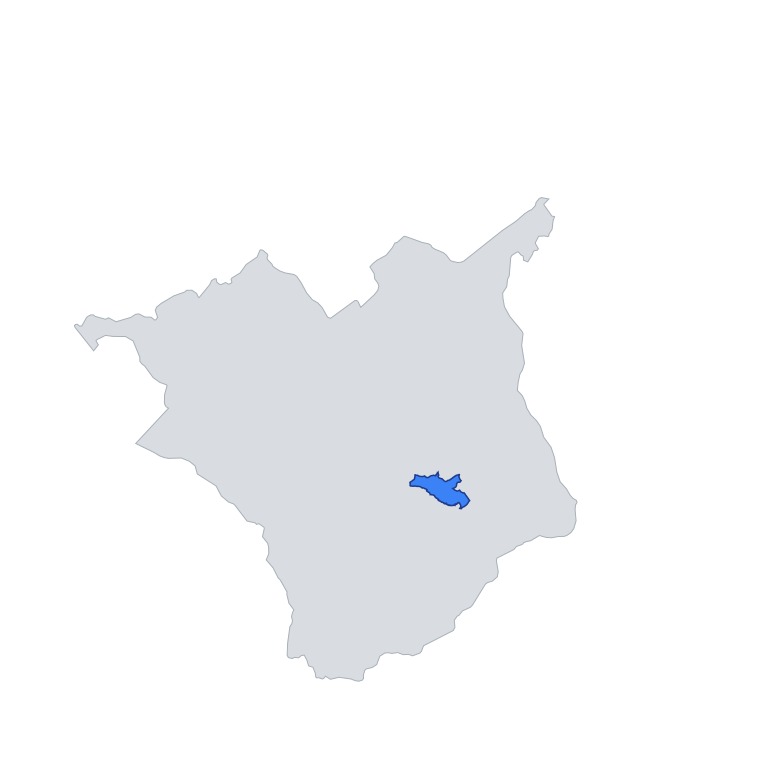 location of Djolu, Équateur, Democratic Republic of the Congo, rotated 142°
{"feature_id": "63176286B56364191841329", "entity_name": "Djolu", "entity_type": "district", "adm_level": 2, "iso_a3": "COD", "parent_name": "Democratic Republic of the Congo", "parent_adm1": "Équateur", "projection": "albers", "projection_center": [22.514, 0.679], "detail": "fine", "context": "in_parent", "style": "filled", "palette": "blue", "viewbox_px": 768, "rotation_deg": 142, "n_neighbors": 0, "source": "geoboundaries", "source_scale": "gbopen_adm2", "svg_char_len": 8717}
<svg xmlns="http://www.w3.org/2000/svg" viewBox="0 0 768 768"><g transform="rotate(142 384 384)"><path d="M616.3,490.0L568.7,497.6L569.7,500.3L569.3,503.0L568.0,505.2L563.2,510.9L556.0,516.2L556.0,517.5L559.7,523.3L562.0,531.3L561.5,545.4L562.5,549.2L562.4,552.2L559.9,555.5L555.2,572.4L558.5,580.6L568.0,588.1L573.6,593.8L582.9,595.7L584.4,595.4L585.0,590.7L592.4,588.9L592.6,618.8L592.1,620.5L590.7,620.9L588.9,619.9L588.3,617.1L586.3,615.8L577.3,619.6L574.9,619.5L572.4,618.9L570.5,617.4L570.0,615.1L563.5,606.4L560.4,605.8L556.8,598.0L542.4,592.3L536.9,591.9L534.0,590.2L531.2,584.0L526.4,580.0L525.3,575.6L524.3,575.0L521.4,575.9L518.9,582.9L515.7,584.6L509.8,584.7L495.1,582.8L484.6,579.2L481.9,579.4L477.7,576.2L475.9,570.8L476.9,566.6L476.1,566.0L460.1,569.6L456.2,571.7L452.6,571.2L451.5,570.0L453.1,567.1L452.3,564.0L451.1,562.6L446.4,561.5L444.9,558.1L442.0,557.6L441.0,558.1L440.3,560.4L438.6,561.2L429.0,560.1L419.0,563.0L405.7,562.2L399.4,565.8L398.5,565.7L397.1,563.9L395.9,558.2L396.5,556.6L398.5,555.5L399.2,553.2L398.5,547.3L399.1,545.8L398.4,542.4L396.4,537.0L393.6,532.5L387.6,525.8L386.5,522.7L386.9,515.2L388.9,503.3L388.6,494.5L386.2,488.7L385.7,482.5L387.3,471.4L385.7,468.7L355.6,467.7L354.3,466.9L353.7,465.3L355.1,458.7L336.7,460.3L331.2,461.6L327.8,464.3L326.7,467.7L326.6,472.5L323.8,477.1L323.0,485.0L317.9,485.8L312.8,485.8L303.0,484.1L293.4,486.3L288.7,488.4L286.2,487.4L277.7,488.1L276.5,487.5L266.8,472.1L262.5,466.9L261.6,464.4L262.0,462.0L260.8,458.8L256.3,450.8L255.5,447.1L255.7,441.3L255.2,439.3L251.1,434.3L248.4,432.6L245.5,431.7L196.3,432.1L180.0,431.0L168.1,431.6L162.1,431.1L160.5,430.4L155.0,431.4L152.2,433.5L147.9,434.5L145.3,434.1L140.2,428.3L147.2,427.3L147.7,426.7L148.3,412.9L146.5,410.9L150.2,408.6L156.2,402.5L162.1,400.4L162.9,399.2L164.1,399.2L166.3,401.8L171.2,405.2L177.5,402.3L178.2,401.5L179.1,395.6L180.6,395.0L183.3,396.4L184.8,396.4L187.5,394.7L195.5,391.7L197.8,395.6L195.6,399.0L196.6,401.4L196.8,405.2L198.1,406.1L204.4,406.6L206.2,405.7L218.8,392.1L222.1,390.5L227.4,385.1L234.4,382.7L237.4,378.5L241.5,370.8L243.3,359.8L242.8,340.7L243.4,338.1L251.8,329.6L260.5,313.9L266.4,309.8L270.7,308.2L277.5,302.5L282.9,296.8L282.2,289.8L283.5,284.1L286.4,276.8L287.4,269.1L286.4,260.9L286.9,254.2L290.9,243.6L291.3,231.3L294.9,221.1L302.1,208.1L305.4,198.4L304.8,188.8L305.8,181.8L305.5,177.6L304.1,174.0L304.8,171.8L307.5,170.8L310.9,167.2L316.9,157.9L323.4,153.3L327.9,151.9L332.6,152.0L335.7,152.9L340.7,156.6L346.4,159.5L350.6,163.2L354.8,168.9L364.9,170.2L369.2,172.3L371.9,173.0L372.8,172.5L374.9,172.8L379.7,174.5L383.5,173.6L402.2,177.3L404.3,175.5L409.6,165.7L413.4,162.3L419.8,161.9L424.8,163.8L427.5,163.8L450.4,155.3L453.4,154.9L461.8,156.9L467.2,155.6L469.4,156.0L474.1,154.5L477.9,148.6L481.1,147.1L514.0,153.4L519.1,150.3L521.5,149.9L528.8,152.2L531.1,155.8L535.5,158.9L538.6,164.0L543.6,166.8L546.1,169.6L549.0,171.5L554.9,172.1L562.5,167.4L567.9,167.9L573.4,170.4L575.2,170.3L579.3,167.5L581.4,164.6L583.5,164.0L586.7,165.2L589.3,167.9L591.6,171.8L600.0,180.6L608.0,184.3L610.0,189.7L612.9,189.1L614.3,189.6L616.4,193.0L617.9,193.7L618.2,195.1L616.2,198.3L614.4,204.5L616.9,208.3L614.8,213.8L613.8,219.5L616.4,220.9L619.8,220.8L622.9,223.7L625.3,224.2L627.8,227.3L627.3,229.9L619.4,239.2L607.6,250.7L603.7,252.1L601.6,254.2L600.2,257.5L596.7,260.3L594.1,261.5L593.9,269.7L590.0,278.2L588.4,279.9L586.4,293.7L586.8,296.1L584.6,307.4L585.1,317.9L579.3,321.2L575.4,326.4L573.7,330.0L573.8,338.5L567.3,343.8L566.8,344.9L568.5,350.9L570.9,351.9L571.0,353.9L576.3,360.3L576.1,380.2L576.4,382.1L579.2,386.8L581.1,395.8L579.1,407.2L586.5,428.0L583.3,435.6L584.9,442.9L589.3,450.5L599.5,458.0L602.3,461.1L604.9,465.2L607.4,471.7L616.3,490.0Z" fill="#d9dde1" stroke="#a8b0b8" stroke-width="1"/><path d="M395.9,281.0L396.2,280.9L396.3,281.2L396.4,281.3L396.6,281.0L397.2,280.6L397.4,280.6L397.5,280.5L397.8,280.7L398.1,280.5L398.4,280.5L398.5,280.4L398.8,280.5L398.9,280.4L399.0,280.4L399.3,280.1L399.5,280.0L399.6,279.9L400.1,280.1L401.1,281.6L401.6,281.8L402.0,281.9L402.6,282.3L403.2,282.6L403.9,282.8L405.0,283.0L406.6,283.0L408.1,284.1L408.3,284.8L408.2,284.9L408.2,285.0L408.4,285.1L408.5,285.6L408.6,286.0L408.9,286.3L408.7,286.6L408.9,286.7L409.4,286.7L409.6,286.8L410.1,287.1L410.9,287.6L411.8,288.3L413.2,290.0L413.4,290.4L413.6,291.1L413.8,291.5L414.0,291.6L414.3,291.7L414.6,292.0L414.9,292.4L415.3,293.2L415.5,293.3L416.1,292.6L416.4,292.3L416.6,292.1L416.9,291.7L417.1,291.6L417.2,291.4L417.6,291.1L417.8,291.1L418.0,290.9L418.3,290.6L419.1,290.1L420.5,290.4L421.9,290.3L424.0,290.5L424.0,290.3L424.1,290.2L424.3,290.1L424.7,289.5L425.1,289.0L425.3,288.6L426.0,287.8L425.8,287.4L425.8,287.2L425.1,286.6L424.8,286.2L424.4,286.1L424.3,285.9L424.1,285.8L423.7,285.3L423.4,285.2L423.1,284.9L422.8,284.9L422.7,284.8L421.0,283.0L420.9,282.8L420.5,282.7L419.3,281.6L419.2,281.4L418.7,280.8L418.3,280.1L418.2,279.2L417.9,278.8L417.8,278.6L417.7,278.5L417.7,278.4L417.4,278.4L417.1,278.1L416.8,277.7L416.6,277.5L416.4,276.6L416.2,276.2L415.8,275.8L415.4,275.1L415.2,274.4L415.2,274.2L415.9,274.0L416.0,273.9L416.2,273.6L416.2,273.4L416.2,273.2L415.9,272.7L415.7,272.5L415.7,272.4L415.8,272.2L415.7,271.7L415.7,271.4L415.5,271.2L415.2,270.6L415.1,270.2L415.3,269.3L415.3,269.1L415.3,268.9L415.6,268.5L415.3,268.4L415.3,268.0L415.2,267.9L414.8,267.6L414.6,267.5L414.5,267.2L414.3,267.0L414.1,266.9L413.7,266.6L413.6,266.1L413.4,265.9L413.0,265.2L413.0,264.9L413.1,264.5L413.2,264.4L413.1,264.2L413.2,263.9L413.1,263.7L413.3,263.2L413.2,262.9L413.2,262.6L413.1,262.3L413.1,261.9L412.8,261.8L412.8,261.7L412.6,261.2L412.6,260.7L412.4,260.5L412.4,260.2L412.7,259.7L412.4,259.6L412.5,259.5L412.3,259.3L412.4,259.2L412.3,258.9L412.4,258.6L412.5,258.5L412.4,258.4L412.4,258.2L412.5,258.1L412.3,257.7L412.1,257.5L412.0,257.3L411.8,256.8L411.6,256.8L411.4,256.5L411.4,256.3L411.5,255.9L411.4,255.7L411.2,255.3L411.3,255.2L411.2,255.0L410.8,254.9L410.5,254.5L410.5,254.3L410.3,254.1L410.3,253.8L410.2,253.7L410.3,253.3L410.2,253.0L409.9,253.1L409.8,252.9L409.9,252.7L409.7,252.7L409.6,252.4L409.6,252.1L409.4,252.0L409.3,251.8L409.0,251.8L408.9,251.8L409.0,251.7L408.8,251.5L408.8,251.4L408.9,251.2L408.6,251.0L408.8,250.8L408.8,250.7L408.7,250.6L408.6,250.4L408.5,250.1L408.2,250.0L408.1,249.9L408.0,249.7L408.1,249.4L407.9,249.2L408.0,249.1L407.9,249.0L407.7,248.9L407.7,248.7L407.4,248.5L407.5,248.3L407.3,248.1L407.2,248.1L406.9,248.1L406.9,247.9L406.7,247.8L406.7,247.6L406.6,247.4L406.4,247.3L406.2,247.4L406.0,247.2L405.8,247.0L405.7,246.9L405.8,246.8L405.7,246.7L405.4,246.5L405.4,246.4L405.2,246.3L405.1,246.2L404.9,246.2L404.5,246.0L404.4,245.8L404.2,245.7L404.1,245.8L403.9,245.7L403.7,245.5L403.6,245.4L403.6,245.5L403.4,245.6L403.2,245.4L403.3,245.2L403.2,245.1L403.2,245.3L402.9,245.3L402.7,245.3L402.4,245.1L402.2,245.3L402.0,245.1L401.8,245.0L401.6,245.1L401.4,245.0L401.5,244.8L401.2,244.7L401.2,244.9L401.2,245.0L400.9,244.7L400.7,244.6L400.4,244.7L400.4,244.9L400.0,244.8L400.0,244.7L399.9,244.6L399.7,244.6L399.5,244.9L399.4,244.9L399.1,244.7L398.8,244.8L398.8,244.6L398.7,244.6L398.4,244.5L398.3,244.4L398.1,244.4L397.8,244.4L397.7,244.0L397.9,243.7L398.0,243.5L397.9,243.0L397.9,242.9L398.1,242.5L398.1,242.3L398.2,242.0L398.2,241.7L398.2,241.4L398.3,241.1L398.5,240.8L398.7,240.3L399.3,240.0L399.9,239.7L400.9,239.3L399.9,238.2L399.7,238.1L399.1,238.3L398.6,238.6L398.3,238.6L396.5,238.1L396.0,238.0L393.3,238.0L392.7,238.1L391.3,238.5L390.1,239.0L389.4,239.2L388.8,239.3L388.7,239.3L388.6,239.5L388.3,239.5L388.1,243.3L388.0,246.4L387.9,247.4L387.9,248.8L387.9,249.0L388.0,249.1L388.4,249.2L388.6,249.3L388.8,249.6L389.0,249.9L389.2,250.4L389.8,251.5L389.8,253.8L391.9,254.3L392.6,255.1L392.8,255.4L393.1,256.0L393.2,256.3L393.4,256.6L393.5,256.8L394.0,258.6L394.1,259.3L393.7,259.1L392.4,258.8L391.7,258.7L390.6,258.7L390.2,258.9L389.1,259.6L387.9,260.9L386.2,261.1L385.4,260.3L384.8,260.1L384.5,259.9L384.0,260.0L382.7,260.4L382.7,260.5L382.9,260.9L382.9,261.4L382.8,262.1L382.5,263.7L382.1,264.5L382.0,264.8L382.0,265.0L381.8,265.1L381.4,265.4L381.3,265.6L380.5,266.0L380.4,266.1L380.4,266.3L380.7,266.5L381.0,266.5L383.4,267.6L383.7,267.6L384.3,267.4L384.8,267.8L385.0,267.8L385.3,267.7L385.7,267.7L386.0,267.7L386.4,267.8L386.7,267.8L386.8,267.8L387.1,267.9L387.4,267.9L387.6,267.7L387.8,267.7L388.5,267.8L389.0,267.8L389.4,267.8L389.9,267.9L390.1,267.9L390.4,268.0L390.5,267.9L392.0,268.0L392.7,268.6L393.3,268.8L393.6,268.8L394.0,268.7L394.4,268.7L394.7,268.8L395.5,269.1L395.8,269.7L396.2,270.4L396.3,270.7L396.6,273.5L397.2,274.3L398.3,275.8L398.5,276.6L398.3,277.9L397.6,278.3L397.0,278.4L396.9,278.6L396.7,279.4L396.5,279.9L396.3,280.1L396.2,280.5L395.9,281.0Z" fill="#3b82f6" stroke="#1e3a8a" stroke-width="1.5"/></g></svg>